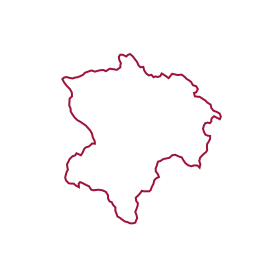 Viçosa, Minas Gerais, Brazil, rotated 142°
{"feature_id": "56859067B7255025326359", "entity_name": "Viçosa", "entity_type": "district", "adm_level": 2, "iso_a3": "BRA", "parent_name": "Brazil", "parent_adm1": "Minas Gerais", "projection": "equal_earth", "projection_center": [-42.883, -20.747], "detail": "fine", "context": "isolated", "style": "outline", "palette": "rose", "viewbox_px": 256, "rotation_deg": 142, "n_neighbors": 0, "source": "geoboundaries", "source_scale": "gbopen_adm2", "svg_char_len": 2661}
<svg xmlns="http://www.w3.org/2000/svg" viewBox="0 0 256 256"><g transform="rotate(142 128 128)"><path d="M208.1,127.5L209.1,124.8L208.8,121.0L207.1,119.2L205.1,117.7L204.3,114.1L203.1,111.6L201.2,114.4L199.1,114.9L197.7,112.5L196.3,109.3L194.6,106.0L195.0,102.1L193.5,100.1L191.6,99.0L189.2,97.5L186.5,94.6L184.8,91.4L185.1,87.4L187.1,84.8L187.7,81.7L186.5,79.5L187.1,76.4L186.8,73.1L188.8,70.8L189.7,67.9L190.8,64.8L189.7,62.2L188.9,59.1L188.0,56.2L186.3,54.2L185.2,51.8L183.1,50.0L180.5,48.9L178.4,50.3L176.3,51.2L174.9,54.2L173.9,57.4L171.4,58.8L168.6,60.6L166.5,62.6L166.5,65.4L164.8,68.3L161.0,68.6L157.9,69.3L155.8,70.0L154.4,68.2L152.0,66.5L150.4,65.1L148.4,65.1L145.6,66.9L142.5,68.2L139.4,70.7L136.6,71.0L133.8,70.3L132.9,73.3L132.8,76.7L131.1,79.1L128.8,80.4L127.0,81.7L125.1,83.0L122.7,82.0L120.2,81.9L118.2,81.3L116.2,80.2L113.7,79.0L110.1,79.3L107.3,77.9L105.5,74.3L103.7,71.7L104.2,68.9L104.4,64.7L103.5,61.5L101.6,58.8L99.0,57.9L96.4,55.7L96.0,52.7L93.3,54.9L92.2,58.1L89.3,60.3L86.4,60.7L83.9,61.0L81.8,60.9L79.4,61.6L77.3,64.7L75.6,66.6L72.4,67.7L70.0,68.9L68.2,71.2L70.0,73.0L71.1,75.1L70.5,78.3L69.3,81.3L66.9,83.0L64.3,84.2L62.0,83.3L60.5,81.4L58.3,81.9L56.9,83.6L55.0,84.3L52.9,84.3L51.6,81.2L50.2,78.4L47.9,79.7L46.9,83.0L48.2,86.2L50.0,89.0L50.0,92.5L48.5,95.5L49.9,99.4L50.1,102.0L51.2,105.1L52.3,108.4L53.9,109.8L55.8,111.8L54.4,115.0L52.3,114.1L49.0,115.7L48.6,119.0L50.5,121.8L49.9,125.4L50.7,128.3L51.6,130.7L51.9,133.6L52.8,137.0L54.8,138.2L56.6,139.5L58.4,141.8L59.8,143.5L62.4,142.9L65.3,142.3L66.0,145.0L66.9,147.6L67.9,150.2L70.6,149.0L73.0,149.8L74.7,151.8L76.6,152.3L76.8,155.5L79.2,156.6L80.1,159.9L79.7,163.7L78.3,166.7L80.8,168.2L81.1,171.0L80.2,174.4L80.2,178.4L80.1,181.3L80.8,184.9L83.0,185.7L85.3,185.4L87.1,189.0L89.0,190.5L91.3,189.8L93.0,186.9L93.7,183.4L95.4,182.2L96.7,180.5L98.7,180.6L101.0,180.7L103.4,183.4L105.9,186.0L108.5,186.2L110.5,186.4L111.5,188.6L113.3,190.0L116.4,191.6L119.4,192.8L121.3,195.8L124.8,197.0L127.7,198.0L131.0,197.6L134.2,198.4L136.8,199.2L138.8,200.4L141.1,201.1L143.3,203.6L145.1,206.0L147.2,207.1L149.6,207.0L150.3,203.3L150.3,198.7L149.8,194.5L150.4,190.6L152.6,187.4L155.9,187.1L157.9,184.8L160.4,182.0L161.3,178.7L163.0,176.2L163.4,172.9L163.6,169.1L163.0,165.1L161.7,162.2L160.6,158.7L159.7,155.8L159.5,152.4L159.3,149.5L159.8,145.8L161.5,142.3L162.3,138.3L163.7,136.0L165.8,137.9L168.0,137.6L170.4,137.5L172.7,138.6L175.0,138.6L177.0,137.6L179.4,136.3L181.9,135.5L183.0,137.6L184.2,139.8L186.6,138.9L189.0,139.9L192.0,139.6L193.8,139.2L195.7,138.1L198.4,137.0L199.9,134.5L201.0,132.2L203.6,131.0L206.2,129.1L208.1,127.5Z" fill="none" stroke="#9f1239" stroke-width="2"/></g></svg>